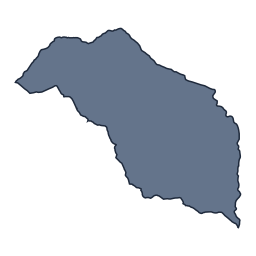 the district of Daga, Wangdi Phodrang, Bhutan
{"feature_id": "84629894B46024490365368", "entity_name": "Daga", "entity_type": "district", "adm_level": 2, "iso_a3": "BTN", "parent_name": "Bhutan", "parent_adm1": "Wangdi Phodrang", "projection": "mercator", "projection_center": [89.96, 27.228], "detail": "fine", "context": "isolated", "style": "filled", "palette": "slate", "viewbox_px": 256, "rotation_deg": 0, "n_neighbors": 0, "source": "geoboundaries", "source_scale": "gbopen_adm2", "svg_char_len": 5774}
<svg xmlns="http://www.w3.org/2000/svg" viewBox="0 0 256 256"><path d="M156.6,64.4L155.4,62.9L154.3,61.1L152.5,59.5L151.0,58.5L150.1,57.3L149.4,56.0L146.3,53.8L145.0,52.6L144.5,52.3L141.6,50.5L141.4,49.9L140.9,49.2L140.9,48.9L139.7,45.8L137.5,43.1L135.5,41.5L134.3,40.4L131.5,38.6L130.3,37.1L129.5,35.4L128.4,34.2L126.2,32.9L125.3,31.4L123.6,30.4L122.5,29.3L121.0,28.4L119.9,28.5L118.3,28.9L116.3,29.9L115.6,30.1L114.4,30.0L113.9,30.5L113.7,30.7L112.7,31.0L112.0,31.1L111.4,30.9L109.9,30.5L109.5,30.5L108.9,30.4L108.4,30.5L108.0,30.6L107.0,31.5L105.8,32.6L105.3,33.1L104.6,33.2L104.1,33.4L102.7,34.0L102.4,34.2L101.2,35.8L99.5,36.7L98.5,37.4L98.0,37.5L97.3,37.4L97.1,37.4L96.6,37.9L95.5,39.6L94.8,40.1L94.5,40.3L94.2,40.6L93.1,42.0L92.1,42.4L91.6,42.5L91.0,42.7L90.0,43.0L89.1,43.3L88.6,43.6L87.5,43.3L87.0,42.9L86.2,42.3L84.5,42.0L83.2,41.9L82.1,41.6L81.9,41.4L81.1,40.7L80.9,39.9L80.4,39.0L78.6,38.1L77.4,37.7L77.1,37.7L76.4,37.7L75.8,37.6L74.9,37.8L73.8,37.6L72.6,37.8L71.8,37.8L69.5,37.8L68.6,37.5L68.3,37.5L67.4,37.8L67.1,37.8L66.9,37.7L66.4,37.3L65.5,37.3L65.0,37.1L63.5,37.1L63.0,37.1L61.7,37.7L61.3,37.7L60.9,37.6L59.8,37.1L59.4,37.1L57.7,37.3L56.1,37.8L55.3,38.3L54.7,38.8L54.4,39.5L54.4,40.4L54.2,40.9L53.9,41.2L53.3,41.4L53.0,41.6L51.1,43.1L50.1,44.2L49.9,44.6L49.8,45.4L48.3,47.2L47.5,47.8L46.1,48.5L43.9,49.2L41.5,49.7L40.9,50.2L40.0,51.4L38.8,54.0L38.4,55.7L37.6,56.9L36.6,57.9L35.7,59.1L34.1,60.2L33.5,61.6L31.9,63.2L27.1,70.5L25.8,71.2L24.5,71.8L24.0,72.7L23.4,73.4L23.2,74.4L23.0,75.6L22.3,76.5L21.2,77.4L20.3,78.2L19.1,78.8L18.0,79.3L17.4,80.0L16.1,81.1L15.4,82.4L17.7,82.9L21.2,85.8L24.6,88.8L27.3,90.7L29.9,93.3L33.7,92.7L36.3,91.9L38.4,92.4L41.9,92.0L45.9,90.2L48.9,88.8L52.7,87.2L54.9,85.8L55.8,85.7L56.3,85.7L57.1,86.2L59.4,90.4L60.1,91.4L61.0,93.2L61.7,94.0L63.5,94.9L63.8,96.4L63.8,96.7L64.2,96.8L65.0,96.6L66.2,96.6L69.0,96.6L70.2,97.1L72.0,98.9L73.3,101.2L76.2,107.6L76.7,108.1L76.4,108.2L77.2,110.0L77.7,110.8L79.2,112.3L79.9,113.4L80.6,114.9L82.1,115.6L83.2,116.2L84.2,116.5L85.2,116.6L86.5,117.9L87.8,119.0L88.1,120.0L87.8,121.0L88.2,120.7L89.9,121.0L91.0,121.0L92.0,121.7L93.1,122.2L93.4,122.5L94.4,123.6L94.9,123.7L97.5,125.1L99.5,124.9L100.8,125.4L102.1,125.6L103.3,125.7L105.0,125.9L106.5,127.0L106.9,128.0L107.1,129.8L107.6,131.0L108.0,131.6L108.3,133.7L108.7,135.2L109.3,136.5L109.9,138.1L110.9,139.7L111.0,140.6L111.7,141.7L112.7,142.9L114.3,143.9L116.1,144.6L116.1,145.0L114.9,146.5L114.5,148.0L115.0,149.1L115.0,150.1L115.7,152.6L116.9,154.6L115.9,157.7L117.9,159.7L120.3,162.2L121.8,163.2L124.0,168.1L124.3,169.2L125.2,170.7L125.9,172.5L125.6,174.1L125.4,175.0L125.5,175.5L126.5,176.8L127.6,177.9L128.4,179.6L129.5,184.0L130.3,184.1L131.5,184.1L132.8,184.5L133.0,185.1L134.0,185.5L135.0,186.2L136.4,187.5L137.2,187.7L138.3,187.7L139.9,188.3L141.2,189.0L140.9,190.5L141.6,191.2L142.3,193.2L142.3,194.6L142.8,196.0L143.4,196.7L144.3,197.5L145.5,197.9L146.5,197.6L148.2,197.5L150.7,198.2L151.7,197.6L152.8,196.8L153.4,196.2L154.4,195.6L155.9,195.2L157.1,195.2L157.9,195.7L158.8,195.8L161.1,197.4L162.4,198.4L163.6,199.2L164.6,199.0L167.4,198.7L168.5,198.9L169.3,199.0L170.4,199.0L174.0,198.2L175.3,198.0L177.7,197.9L179.5,197.6L180.8,198.0L181.4,199.0L181.9,199.6L182.9,201.3L183.2,201.9L183.3,202.5L183.3,202.9L183.0,203.5L183.3,203.9L184.4,204.3L184.9,204.6L185.2,205.0L185.5,205.6L187.1,205.6L188.1,206.0L188.8,206.0L189.1,205.9L190.8,207.0L191.4,207.3L192.6,207.6L192.9,207.8L193.5,208.2L194.2,208.6L196.3,210.3L196.9,210.6L197.2,210.9L198.0,211.4L198.5,211.9L199.0,212.5L199.7,212.9L200.3,213.1L201.1,213.4L201.6,213.4L202.3,213.2L202.9,212.8L203.7,212.5L204.2,212.5L205.2,212.1L208.8,211.9L211.3,211.8L212.4,212.3L214.2,212.8L215.4,212.9L216.3,212.9L217.4,212.7L218.6,212.2L219.8,212.2L221.6,212.3L222.5,213.0L223.4,213.9L224.4,215.0L224.9,215.6L225.7,216.2L228.5,218.5L229.9,219.8L231.2,220.8L231.5,221.2L231.9,221.6L234.6,223.2L235.5,223.4L235.9,223.7L237.1,225.3L237.8,226.7L237.9,227.4L238.4,227.6L239.5,224.2L239.6,221.5L239.9,220.5L239.7,219.8L239.1,219.0L238.3,218.5L236.5,216.8L236.0,215.8L235.4,214.2L234.5,212.9L234.2,211.7L234.6,210.8L236.2,209.4L236.4,208.8L236.2,208.2L235.2,206.7L235.4,204.1L235.4,202.7L236.2,200.5L237.6,198.8L239.3,197.0L240.4,195.1L240.6,194.0L239.4,191.7L238.2,190.6L237.7,189.6L237.8,188.6L238.6,187.4L238.9,185.3L238.8,183.9L237.8,180.7L237.9,179.0L238.1,177.3L238.4,176.0L237.6,175.0L237.1,173.9L237.5,172.7L237.9,171.0L237.8,169.0L238.0,167.4L238.3,166.2L238.7,166.0L238.7,163.1L238.9,161.6L239.1,160.3L239.4,159.3L239.7,158.5L240.1,157.9L240.2,157.5L240.3,156.8L240.3,156.1L240.2,155.2L239.8,152.4L239.7,151.2L239.6,150.9L239.4,150.5L239.0,150.1L238.3,149.4L238.2,149.2L238.3,148.5L238.6,147.5L238.7,147.0L238.6,146.3L238.6,146.0L237.6,144.8L237.4,144.3L237.2,143.7L237.2,143.1L237.3,142.7L237.8,141.8L238.6,140.2L239.0,139.6L239.2,139.1L239.2,134.2L239.2,133.7L238.7,130.2L238.2,128.0L237.5,126.0L237.4,125.6L237.2,125.3L236.6,124.3L236.2,123.9L234.6,123.0L233.9,122.2L233.7,121.8L233.2,118.9L233.0,118.2L232.5,117.3L232.2,116.9L231.7,116.5L231.2,116.3L230.1,116.1L229.5,116.2L228.5,116.6L227.7,116.8L227.0,116.7L226.1,116.0L225.9,115.6L225.9,114.6L226.0,114.1L226.3,113.2L226.4,112.4L226.3,111.7L226.0,111.1L225.5,110.6L224.6,110.0L224.0,109.4L223.3,108.6L223.1,108.1L222.4,107.4L221.2,106.6L219.5,106.2L217.4,106.0L216.7,105.5L216.5,104.8L217.1,103.3L217.2,101.4L217.1,100.8L215.7,100.0L213.4,98.4L212.9,97.0L212.8,95.7L215.1,92.4L215.3,91.4L215.0,90.1L214.2,89.5L212.6,89.4L209.8,88.4L204.8,85.8L200.8,84.8L192.4,82.0L188.6,81.0L187.0,80.3L185.6,79.5L185.0,77.4L184.7,75.7L183.4,75.0L180.7,74.2L179.0,73.4L176.1,71.8L174.3,71.8L172.9,70.8L171.3,69.4L168.6,68.9L166.6,68.4L164.4,67.3L161.6,66.2L159.5,65.1L157.9,64.8L156.6,64.4Z" fill="#64748b" stroke="#1e293b" stroke-width="1.5"/></svg>